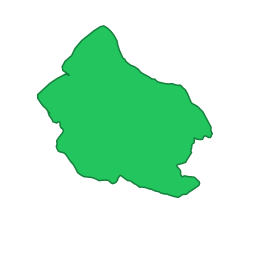 outline of Suriname, rotated 309°
{"feature_id": "SUR", "entity_name": "Suriname", "entity_type": "country or territory", "adm_level": 0, "iso_a3": "SUR", "parent_name": "South America", "parent_adm1": "", "projection": "equal_earth", "projection_center": [-56.071, 3.918], "detail": "fine", "context": "isolated", "style": "filled", "palette": "green", "viewbox_px": 256, "rotation_deg": 309, "n_neighbors": 0, "source": "natural_earth", "source_scale": "50m", "svg_char_len": 2240}
<svg xmlns="http://www.w3.org/2000/svg" viewBox="0 0 256 256"><g transform="rotate(309 128 128)"><path d="M188.8,64.6L186.1,67.7L183.1,72.2L179.2,79.8L179.4,82.2L178.5,84.1L178.3,87.6L178.6,91.4L179.6,93.9L180.1,98.7L179.3,103.0L179.6,105.5L180.4,109.5L181.1,113.7L181.0,115.4L181.9,116.8L182.8,118.2L182.5,122.0L185.7,128.7L187.6,131.6L190.3,134.5L191.3,137.3L192.9,140.6L193.8,141.0L194.3,142.4L193.8,145.0L193.7,148.6L192.0,152.8L187.9,160.4L187.4,162.2L188.5,168.6L187.9,173.8L187.6,176.3L185.6,180.9L180.9,192.0L178.2,194.0L176.5,197.2L175.5,197.2L174.3,197.5L173.9,197.9L172.4,197.9L171.3,196.5L171.1,194.8L170.5,192.9L169.0,192.3L166.2,193.0L165.4,192.5L163.8,190.4L162.4,188.2L162.1,186.0L161.2,186.2L159.1,188.2L157.7,188.6L156.5,188.1L155.3,188.2L152.0,190.3L150.1,190.8L148.8,192.9L139.9,193.9L137.5,194.4L132.2,190.8L130.8,189.6L130.1,189.4L129.5,189.6L128.9,190.4L128.1,195.0L127.3,196.3L125.9,197.3L124.5,199.1L124.2,200.9L126.3,201.9L128.1,205.3L130.0,208.1L131.5,210.6L131.3,213.3L131.0,217.2L129.9,218.6L128.1,219.2L121.3,217.3L116.1,215.6L113.9,215.3L113.0,214.8L111.7,213.4L110.3,212.1L108.2,211.6L105.7,210.7L103.9,207.2L101.9,202.3L101.3,200.1L99.8,198.0L98.3,194.9L97.9,192.2L96.7,189.7L96.2,188.9L95.3,185.5L95.1,184.2L94.7,184.1L94.1,183.0L92.9,179.4L92.6,178.5L92.1,178.2L90.7,175.6L89.6,174.8L89.2,173.5L89.3,169.9L88.7,168.2L88.5,164.8L88.5,163.5L87.9,162.0L87.0,161.1L86.8,158.7L86.6,152.8L86.2,151.7L82.2,151.8L81.8,152.4L80.1,152.7L78.1,152.8L76.4,152.0L75.0,151.0L74.7,149.7L74.9,145.5L72.6,142.4L68.9,138.6L67.8,133.7L66.5,130.6L62.4,124.2L61.7,119.9L61.7,116.8L63.1,113.9L65.1,108.9L65.9,104.4L66.5,102.1L67.6,99.0L68.5,95.0L67.8,92.5L66.6,90.1L66.2,88.3L67.4,85.6L68.6,83.8L69.9,83.5L71.6,82.4L72.9,80.8L74.9,80.4L77.5,80.2L82.7,80.2L85.3,79.5L86.1,78.2L86.0,75.7L87.3,73.5L88.7,72.5L89.3,71.8L89.4,71.0L89.0,70.2L88.4,69.7L87.0,69.5L85.7,65.7L86.6,64.0L87.7,60.8L88.0,59.1L89.8,56.3L90.2,57.2L91.5,52.1L91.7,48.0L92.7,44.0L94.3,39.2L97.1,36.8L113.5,39.2L121.0,41.5L130.7,45.5L132.1,49.7L132.1,45.5L131.7,41.2L134.3,38.2L140.2,37.1L148.9,38.6L156.5,36.8L166.7,37.0L182.3,40.4L189.3,42.8L192.1,44.9L192.7,48.7L192.4,53.6L191.3,58.3L188.8,64.6Z" fill="#22c55e" stroke="#15803d" stroke-width="1.5"/></g></svg>